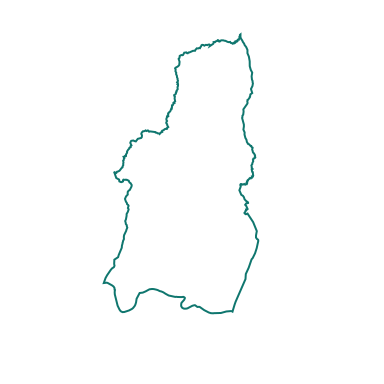 Guamal, Magdalena, Colombia, rotated 329°
{"feature_id": "7082276B25614510642734", "entity_name": "Guamal", "entity_type": "district", "adm_level": 2, "iso_a3": "COL", "parent_name": "Colombia", "parent_adm1": "Magdalena", "projection": "orthographic", "projection_center": [-74.102, 9.246], "detail": "fine", "context": "isolated", "style": "outline", "palette": "teal", "viewbox_px": 384, "rotation_deg": 329, "n_neighbors": 0, "source": "geoboundaries", "source_scale": "gbopen_adm2", "svg_char_len": 6015}
<svg xmlns="http://www.w3.org/2000/svg" viewBox="0 0 384 384"><g transform="rotate(329 192 192)"><path d="M165.1,315.4L170.6,310.4L172.9,308.5L193.0,294.2L195.9,290.0L201.6,286.1L208.4,280.4L210.0,279.9L214.5,277.0L218.6,273.4L223.5,268.2L224.0,267.3L224.0,266.7L223.5,265.7L223.4,264.0L224.5,262.2L227.4,258.9L228.9,249.3L228.5,239.1L227.3,239.0L226.5,238.6L226.1,237.2L226.3,236.8L227.6,236.4L228.0,235.8L229.0,235.7L229.3,234.9L229.9,235.3L230.9,235.2L231.3,231.7L231.0,230.4L232.5,229.7L234.4,230.3L234.7,229.8L233.7,227.3L233.3,225.3L233.8,223.3L233.7,221.5L232.8,219.8L233.5,214.9L236.6,212.4L237.0,210.8L237.8,210.3L238.4,210.6L238.7,211.5L239.3,211.5L239.6,211.9L240.9,212.0L241.3,213.1L242.5,213.2L242.9,213.5L243.1,213.4L242.9,213.1L243.3,212.9L243.1,212.5L243.4,212.2L244.3,212.1L244.6,211.1L245.8,211.1L246.0,210.5L247.6,210.3L248.2,210.0L249.2,210.5L249.4,210.0L250.6,210.6L250.9,210.2L251.5,210.2L251.6,209.6L252.3,210.0L253.1,209.2L253.3,208.3L254.1,206.9L254.0,206.2L254.3,206.0L254.1,205.3L254.8,203.4L255.8,203.4L255.6,202.0L256.1,201.4L256.6,199.8L258.1,199.1L258.5,198.4L260.4,197.1L260.8,195.8L261.6,195.5L261.8,195.0L263.5,195.2L264.0,195.0L264.0,194.3L264.3,194.2L265.0,192.9L264.8,192.5L265.1,191.0L264.8,190.5L264.7,189.2L265.3,187.6L265.3,187.0L265.6,186.3L266.7,185.4L266.8,185.2L266.3,184.3L266.5,183.1L266.0,182.9L265.5,180.5L264.7,179.4L264.9,178.5L264.8,177.4L265.6,175.2L265.6,173.2L266.6,169.8L267.8,168.0L268.2,165.0L270.2,162.6L271.2,160.9L273.1,154.3L273.7,153.9L274.5,152.6L275.7,152.1L277.6,149.7L278.6,147.6L284.7,144.9L285.5,144.3L286.0,142.9L286.7,142.3L286.8,141.8L287.8,141.7L290.4,140.6L290.5,140.2L291.1,139.9L292.3,138.4L294.6,138.2L295.6,134.1L298.4,132.3L300.2,130.2L300.4,129.3L301.1,128.0L301.3,126.5L302.7,123.5L305.1,120.7L305.3,117.5L306.3,113.9L308.8,109.6L310.5,105.2L311.0,101.6L312.7,98.8L313.1,95.7L312.8,93.0L313.1,91.7L312.9,89.5L313.1,88.2L313.0,85.7L313.3,84.2L314.7,81.9L314.0,82.0L313.0,83.4L312.4,83.5L312.0,85.0L311.3,84.9L310.6,85.6L309.7,85.0L309.3,85.2L308.7,86.0L308.0,85.6L307.7,86.0L307.3,85.6L306.9,85.9L306.6,85.4L305.6,86.3L305.2,85.9L304.5,86.3L303.9,86.0L304.1,85.7L303.2,85.8L303.1,85.6L303.2,85.2L302.0,84.1L302.0,83.0L300.7,82.5L299.7,81.5L298.6,79.7L297.8,79.1L296.8,78.0L295.1,77.0L293.2,77.3L292.7,76.9L292.5,76.6L292.9,76.1L292.8,75.6L292.3,75.1L291.3,75.4L289.7,75.1L289.0,75.4L288.3,74.8L287.7,74.6L287.4,75.3L286.5,75.9L282.5,76.1L283.3,75.5L282.7,74.4L281.5,74.0L280.8,74.0L279.7,73.0L277.9,72.9L277.5,71.9L276.5,71.1L275.7,71.1L274.6,72.0L273.3,72.3L272.9,72.8L272.1,72.2L271.1,72.1L270.1,71.3L268.2,71.9L267.4,72.5L265.6,71.5L261.5,71.0L260.9,70.6L259.8,70.9L259.2,70.4L259.0,69.4L257.1,68.6L255.0,69.9L254.4,69.9L253.4,69.1L251.6,69.0L250.3,70.6L249.1,71.0L248.4,74.0L246.6,76.4L245.9,76.8L244.3,77.1L241.8,77.0L241.2,77.3L241.1,78.5L240.0,80.0L239.9,81.7L239.1,82.7L238.9,84.6L238.2,86.0L238.1,87.3L237.5,88.2L237.3,89.4L236.9,89.8L235.7,90.3L236.0,91.4L235.7,91.7L235.6,92.1L235.0,92.2L235.2,93.0L234.6,93.9L233.6,94.6L232.7,96.5L231.1,97.2L230.8,97.7L230.3,97.7L230.0,98.4L229.3,98.6L228.9,99.4L228.0,99.7L226.7,99.7L226.3,100.3L226.5,101.3L225.3,102.8L224.2,105.7L222.4,105.9L222.5,106.6L221.7,106.4L221.1,107.2L220.2,107.7L219.8,107.8L219.4,107.5L218.1,109.6L217.3,110.3L217.1,110.1L216.9,110.5L216.5,110.4L214.8,111.7L213.1,111.9L212.7,112.3L212.0,112.3L211.3,113.8L210.5,113.8L209.8,114.2L210.2,114.9L209.1,115.0L207.8,116.0L207.2,117.0L207.2,118.3L205.9,119.0L205.5,119.5L205.4,120.2L205.6,121.1L205.1,122.2L205.1,124.1L203.7,124.2L203.3,124.9L202.9,125.0L201.8,124.2L200.7,124.1L199.5,124.4L198.1,124.1L197.4,124.4L197.3,125.2L195.8,125.0L194.1,125.6L194.0,124.9L192.8,124.1L192.4,123.2L191.4,122.3L191.5,121.8L188.1,119.1L186.9,118.2L186.3,118.2L185.9,116.5L184.4,116.3L183.9,115.3L183.1,115.4L181.8,115.1L181.4,114.7L179.7,115.1L178.6,115.9L178.4,116.3L178.4,117.4L178.1,118.0L177.1,119.2L176.3,119.5L172.9,118.5L169.9,119.7L168.9,118.7L168.2,117.6L166.4,116.9L165.8,117.0L164.4,118.1L164.1,120.9L163.1,121.0L162.5,122.0L161.8,121.8L161.0,121.9L160.6,122.5L159.2,122.8L157.2,123.8L156.6,124.9L154.8,125.8L153.9,127.2L153.2,127.2L152.9,126.6L152.2,126.9L151.5,126.6L151.3,128.3L150.6,128.5L149.9,129.5L149.1,129.7L148.4,131.5L147.6,132.3L147.0,133.4L146.7,133.8L145.6,134.3L145.1,135.1L144.0,135.2L140.9,136.4L139.5,136.4L138.1,136.0L137.0,136.7L136.5,136.6L135.9,135.2L135.5,135.2L134.3,141.0L135.9,143.8L135.2,145.5L136.1,146.8L136.8,147.3L138.3,147.4L138.8,146.4L139.6,146.1L140.8,147.1L141.8,147.4L142.2,148.0L142.6,148.2L143.6,149.8L143.4,150.4L143.4,151.9L143.9,152.7L143.9,155.0L142.9,156.2L139.7,158.2L138.4,158.2L137.0,158.8L136.1,160.1L135.6,161.1L133.2,161.8L131.0,163.4L130.4,166.2L130.5,167.8L130.1,169.0L130.6,170.3L130.5,171.2L128.8,172.7L128.8,173.9L128.7,174.3L126.7,176.0L124.6,177.2L123.7,178.7L121.3,181.4L119.8,182.5L119.4,184.0L118.8,185.4L119.0,186.8L118.4,188.0L118.2,189.2L116.2,190.7L115.7,191.3L111.6,194.0L110.5,195.3L109.4,197.3L107.5,198.6L107.1,199.2L106.4,199.7L106.0,200.3L104.3,201.9L103.1,203.6L96.8,208.2L95.1,209.8L90.6,210.0L88.2,213.6L87.6,215.3L86.3,216.2L84.1,216.3L82.3,216.9L76.4,219.6L73.6,221.2L69.5,224.6L72.0,225.7L72.8,226.4L75.4,230.9L76.1,232.7L76.1,234.4L75.3,235.9L75.5,236.3L74.2,237.9L73.1,240.0L69.7,251.1L69.3,255.4L69.4,256.9L69.7,257.9L70.6,259.2L72.2,260.0L77.0,261.1L80.3,261.3L81.7,261.1L84.1,260.2L85.4,259.4L87.2,257.8L89.5,255.0L95.1,251.6L98.0,252.9L101.0,253.3L105.4,253.5L107.7,254.5L109.2,255.5L110.9,257.1L112.1,258.4L113.3,260.3L114.6,261.6L115.8,263.3L116.9,265.6L118.7,268.7L123.6,273.3L124.5,273.7L125.9,274.8L129.3,276.9L130.4,277.3L130.9,277.8L131.3,278.7L131.3,279.2L130.9,279.6L129.7,280.4L125.9,281.6L125.1,282.4L124.0,284.1L123.9,285.6L124.1,286.5L125.1,287.9L126.7,288.9L128.2,289.4L133.7,289.7L135.8,290.3L136.4,290.8L137.4,293.3L139.0,294.1L139.5,294.7L141.6,299.5L144.3,303.9L145.8,305.6L147.7,306.9L148.1,307.0L154.5,310.6L159.9,312.1L163.8,314.0L164.6,314.5L165.1,315.4Z" fill="none" stroke="#0f766e" stroke-width="2"/></g></svg>